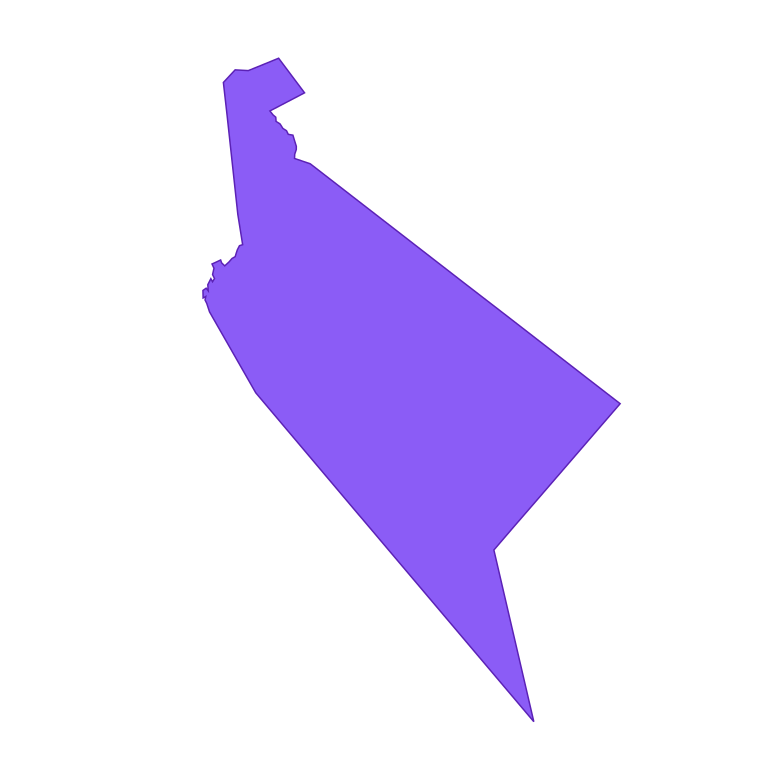 the district of Santa Luz, Piauí, Brazil, rotated 15°
{"feature_id": "56859067B18968818228242", "entity_name": "Santa Luz", "entity_type": "district", "adm_level": 2, "iso_a3": "BRA", "parent_name": "Brazil", "parent_adm1": "Piauí", "projection": "natural_earth1", "projection_center": [-44.236, -9.056], "detail": "fine", "context": "isolated", "style": "filled", "palette": "violet", "viewbox_px": 768, "rotation_deg": 15, "n_neighbors": 0, "source": "geoboundaries", "source_scale": "gbopen_adm2", "svg_char_len": 913}
<svg xmlns="http://www.w3.org/2000/svg" viewBox="0 0 768 768"><g transform="rotate(15 384 384)"><path d="M616.1,671.4L533.1,515.9L546.3,488.4L563.4,453.2L617.2,341.9L579.2,326.0L487.8,287.6L434.1,265.2L304.9,211.0L255.8,190.4L239.2,189.3L238.3,185.1L238.6,180.2L237.8,177.1L234.2,171.4L231.6,167.2L226.9,167.6L224.3,164.6L220.2,163.3L216.3,159.7L211.8,158.3L210.4,154.3L207.2,152.8L203.1,149.8L231.9,123.3L197.9,96.6L171.8,116.4L158.9,119.1L150.8,134.3L162.9,165.1L198.9,258.0L211.4,286.0L208.6,287.8L207.6,292.4L207.4,296.0L207.3,299.5L204.7,302.1L202.7,306.2L199.6,311.1L195.8,309.0L194.1,306.5L190.2,309.8L186.8,312.6L189.8,316.2L190.1,322.7L193.0,326.0L191.9,329.6L189.5,327.1L188.1,333.7L190.1,339.5L187.4,337.5L184.9,340.5L187.0,347.7L189.2,345.6L189.4,349.2L191.9,352.0L196.8,359.5L262.4,425.7L301.9,453.2L393.5,516.9L396.9,519.2L616.1,671.4Z" fill="#8b5cf6" stroke="#5b21b6" stroke-width="1.5"/></g></svg>